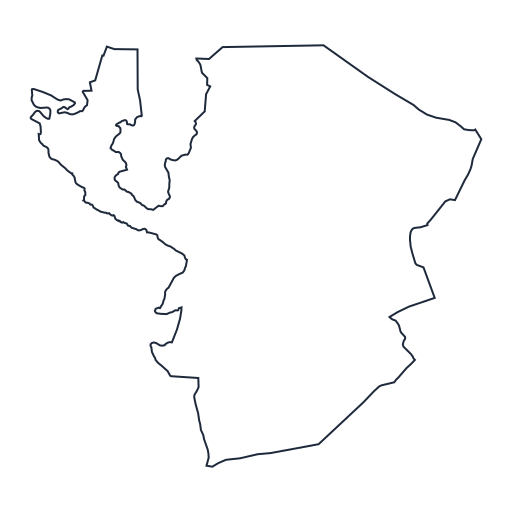 outline of Pantelhó, Chiapas, Mexico
{"feature_id": "50627088B92508189730376", "entity_name": "Pantelhó", "entity_type": "district", "adm_level": 2, "iso_a3": "MEX", "parent_name": "Mexico", "parent_adm1": "Chiapas", "projection": "albers", "projection_center": [-92.505, 17.051], "detail": "fine", "context": "isolated", "style": "outline", "palette": "slate", "viewbox_px": 512, "rotation_deg": 0, "n_neighbors": 0, "source": "geoboundaries", "source_scale": "gbopen_adm2", "svg_char_len": 5948}
<svg xmlns="http://www.w3.org/2000/svg" viewBox="0 0 512 512"><path d="M475.3,129.6L474.8,130.1L473.5,130.3L469.0,130.1L464.1,129.3L460.6,126.2L455.5,122.3L449.1,119.9L436.1,117.7L427.0,114.6L418.6,109.4L413.6,105.0L395.1,94.1L367.7,76.7L323.5,45.3L222.6,47.1L209.0,59.0L196.4,58.5L196.6,59.7L197.3,60.7L198.1,61.2L199.9,63.9L200.5,65.2L201.7,71.7L202.1,72.9L207.3,78.1L207.1,84.9L210.2,86.4L206.1,94.2L204.7,111.4L194.7,121.1L195.6,122.0L196.0,123.9L195.8,124.5L194.4,126.4L194.1,127.8L194.4,128.8L196.7,131.3L197.0,132.9L196.5,134.3L195.0,135.3L193.1,137.0L192.0,139.0L190.5,144.0L190.9,147.6L190.7,148.4L188.9,152.7L188.0,154.3L187.2,154.7L185.4,154.6L181.5,155.7L178.4,158.7L177.0,159.8L175.5,160.4L173.0,160.2L170.5,159.4L168.3,158.1L167.1,158.3L165.9,159.4L165.8,160.8L165.0,163.4L164.8,165.4L165.1,167.0L168.4,172.6L168.9,176.8L169.7,180.2L169.3,184.1L169.3,187.4L168.1,191.6L168.5,193.3L169.8,196.1L169.9,197.3L168.8,199.1L168.0,199.3L166.8,200.3L166.1,201.8L166.1,203.0L165.8,203.6L165.1,204.1L164.5,204.2L162.9,206.0L162.6,206.2L160.2,206.1L158.6,205.7L153.2,209.9L151.3,209.3L148.0,209.1L146.0,207.7L144.6,206.2L143.6,205.5L142.4,205.2L141.3,204.3L140.9,203.6L139.6,202.7L136.7,201.6L135.2,199.8L133.7,196.3L131.7,194.6L131.5,193.7L128.4,191.9L127.1,191.8L124.4,189.5L123.2,189.6L122.1,189.2L119.6,187.5L118.7,185.8L118.1,182.8L114.9,180.1L114.5,178.3L114.8,176.9L115.9,175.4L118.1,174.0L118.4,172.8L119.4,171.8L127.0,169.7L125.9,166.9L126.4,165.3L126.3,164.2L125.7,162.6L122.6,159.6L122.0,157.8L121.3,156.7L121.0,154.1L120.1,153.0L118.7,152.0L115.8,152.1L113.5,150.5L112.4,150.1L110.5,148.1L111.5,145.3L112.4,144.1L113.2,142.3L114.1,139.0L114.7,138.1L115.9,136.5L117.9,134.8L118.6,134.4L120.3,132.7L120.5,131.2L120.4,128.3L120.1,127.8L119.5,127.5L119.4,127.1L118.7,126.2L116.6,125.9L116.2,125.6L116.0,125.1L116.6,124.2L119.7,122.4L120.2,122.4L121.8,121.1L124.9,120.1L125.8,120.3L126.6,121.1L127.0,122.6L127.0,123.8L127.3,124.2L130.2,124.4L131.3,125.2L132.5,125.5L133.5,125.4L134.0,125.1L134.6,124.0L135.1,122.0L135.1,120.0L135.4,119.1L137.1,117.1L140.4,115.9L141.1,116.3L141.8,115.8L140.1,100.5L137.7,89.4L137.5,49.4L114.3,49.1L106.9,46.6L103.5,55.7L102.3,55.5L95.2,80.4L89.9,82.3L91.5,90.7L83.3,90.9L82.7,91.8L87.6,100.2L87.0,105.2L85.3,106.4L84.0,108.2L83.3,109.8L82.2,111.2L80.1,111.1L78.2,112.3L74.1,114.1L72.1,114.4L69.7,114.1L68.4,113.3L65.9,112.5L64.4,112.3L59.0,113.4L57.9,112.5L57.7,111.5L58.2,109.9L61.5,108.3L63.4,106.9L64.3,107.0L67.6,109.2L68.5,108.6L69.3,107.3L71.1,106.6L73.6,105.1L75.0,103.4L74.8,102.4L69.1,99.3L66.1,99.1L63.7,99.4L60.6,100.5L58.4,99.9L56.8,99.1L51.1,95.4L42.3,91.8L33.7,89.0L32.5,89.1L31.9,89.3L31.8,89.8L32.3,95.6L31.7,97.2L31.6,100.2L33.9,104.8L35.7,106.5L37.8,107.4L40.6,108.0L46.7,107.5L48.4,107.8L50.0,109.3L50.4,110.3L50.3,113.9L49.3,118.7L47.9,118.8L46.4,118.1L43.7,116.2L40.3,112.2L39.1,111.1L37.4,110.8L36.2,111.1L34.7,112.4L33.5,114.2L30.7,117.3L30.8,118.3L31.2,118.9L39.7,123.4L40.6,126.6L40.9,132.6L40.4,134.1L39.4,134.4L38.7,134.1L39.1,140.2L40.5,142.5L41.3,143.4L41.9,143.7L43.4,145.6L46.5,147.1L47.5,147.9L48.2,148.9L48.5,150.3L48.5,152.9L49.4,156.6L50.9,158.5L52.6,159.3L54.3,159.6L57.3,161.0L58.6,162.0L61.0,164.8L65.1,168.1L67.6,170.7L71.1,173.2L72.3,173.4L72.2,174.4L73.9,176.2L74.6,177.6L75.3,181.4L75.8,182.8L76.6,183.8L78.6,185.2L82.4,187.3L83.7,187.6L84.3,188.1L84.6,188.8L84.4,190.1L85.3,192.4L85.3,195.2L84.5,195.8L84.1,196.6L84.0,199.7L83.4,200.5L84.2,200.7L85.4,202.3L86.5,202.8L87.5,202.7L89.7,203.6L90.3,204.6L92.0,204.7L92.7,205.4L93.6,207.5L97.5,210.0L99.4,210.8L100.1,211.5L105.1,212.8L105.5,212.6L106.5,212.9L107.3,213.5L109.2,213.2L109.9,214.2L111.7,215.4L112.8,215.6L113.4,215.1L114.4,215.8L115.2,218.4L115.8,219.2L117.3,220.4L118.0,220.3L118.5,221.0L119.2,220.7L120.0,221.1L120.5,222.1L121.5,222.2L122.1,222.7L123.4,222.1L124.4,222.9L126.5,223.4L127.4,224.4L127.7,225.3L128.4,225.8L129.8,225.9L131.6,227.7L136.6,229.3L137.4,230.0L138.3,230.4L140.5,230.2L142.9,229.1L144.5,228.7L145.7,229.3L146.6,230.5L147.0,232.4L149.1,232.5L156.2,234.4L157.2,235.1L157.8,238.0L158.6,239.3L159.9,240.0L162.9,242.1L165.2,244.2L167.5,245.5L170.7,246.6L174.6,249.3L175.6,250.4L182.1,253.6L184.4,255.5L185.0,257.7L185.6,259.0L187.0,259.8L185.9,266.1L185.0,268.0L184.4,270.3L182.7,272.6L179.0,274.2L176.0,275.8L173.9,277.8L168.6,287.6L166.9,289.0L165.7,290.5L165.1,292.0L165.1,294.8L164.4,298.9L163.6,300.4L162.7,303.8L160.8,306.6L160.2,308.0L159.7,308.1L158.7,307.6L155.7,308.8L154.9,310.8L155.3,311.9L156.5,313.2L160.4,313.8L166.6,314.1L169.7,312.7L172.2,312.1L175.3,310.3L177.1,310.4L178.2,310.2L178.9,308.2L181.5,307.4L181.3,311.0L180.0,318.8L177.0,329.4L171.9,342.4L169.9,342.1L168.4,342.5L167.3,342.9L166.9,343.3L165.8,343.8L164.6,345.3L164.0,345.2L163.2,345.6L161.3,345.6L160.0,345.4L156.4,343.2L155.0,342.7L153.6,342.5L151.7,343.1L150.7,344.2L150.5,345.0L150.7,346.3L151.4,347.5L151.9,351.9L154.1,356.6L154.9,357.6L155.6,359.9L158.0,362.8L161.7,365.8L167.7,371.2L170.1,375.6L171.0,376.2L198.3,378.0L198.6,387.0L197.2,390.3L194.4,395.0L194.2,397.1L195.6,404.1L198.1,413.1L199.2,420.6L200.1,423.8L200.9,429.9L203.3,435.2L204.0,439.0L207.7,449.6L208.4,453.4L208.7,457.6L206.5,465.7L212.3,466.7L218.3,463.1L225.9,459.8L240.0,458.3L257.8,454.2L270.4,453.1L318.6,444.2L363.5,402.2L374.0,391.2L379.0,386.6L381.3,385.4L394.2,382.3L396.3,379.5L398.2,377.7L406.6,368.0L411.1,363.9L414.9,359.9L413.5,358.4L412.9,356.8L410.9,354.0L403.5,346.7L402.8,344.3L403.8,340.8L405.1,339.0L405.1,336.9L401.4,332.9L400.5,331.4L399.1,325.9L398.2,324.1L395.6,320.6L392.4,319.4L391.0,318.4L389.5,317.0L397.6,312.1L409.0,306.6L434.7,297.9L423.5,267.4L416.8,264.9L415.4,263.4L412.3,253.1L410.7,246.7L410.0,240.1L410.0,236.6L410.5,232.9L411.2,230.9L412.0,229.5L413.4,228.3L415.5,227.8L420.4,227.3L427.5,225.1L427.3,223.5L431.0,219.4L445.3,201.4L449.9,199.3L455.0,200.1L464.7,180.2L467.9,174.8L470.3,169.6L471.5,165.9L472.8,158.9L481.3,139.2L475.3,129.6Z" fill="none" stroke="#1e293b" stroke-width="2"/></svg>